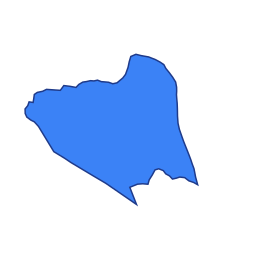 the district of Roteiro, Alagoas, Brazil, rotated 316°
{"feature_id": "56859067B56369687542379", "entity_name": "Roteiro", "entity_type": "district", "adm_level": 2, "iso_a3": "BRA", "parent_name": "Brazil", "parent_adm1": "Alagoas", "projection": "equal_earth", "projection_center": [-35.971, -9.875], "detail": "fine", "context": "isolated", "style": "filled", "palette": "blue", "viewbox_px": 256, "rotation_deg": 316, "n_neighbors": 0, "source": "geoboundaries", "source_scale": "gbopen_adm2", "svg_char_len": 1174}
<svg xmlns="http://www.w3.org/2000/svg" viewBox="0 0 256 256"><g transform="rotate(316 128 128)"><path d="M75.0,40.5L71.4,42.3L67.2,42.8L64.1,46.2L62.8,49.9L63.6,54.8L64.9,58.5L64.7,64.7L58.2,93.5L61.4,105.8L63.0,113.3L69.8,138.5L73.6,152.3L81.0,188.9L88.1,171.9L95.8,175.0L99.8,178.3L103.3,182.3L107.3,180.0L112.7,178.7L118.4,176.9L121.8,178.7L123.8,183.2L123.3,187.2L124.6,191.3L124.5,195.6L128.0,197.7L131.1,199.2L134.3,203.1L135.1,208.3L137.4,212.8L138.7,217.2L142.5,210.3L145.0,206.5L147.2,203.1L149.2,198.5L151.2,194.3L153.1,189.9L155.7,183.6L158.6,176.5L161.0,171.2L164.0,164.7L167.3,159.3L171.9,153.8L174.9,150.6L177.4,147.9L180.6,144.3L183.1,141.2L186.0,137.7L188.6,135.3L191.3,132.4L194.2,128.0L195.4,122.5L196.1,117.1L196.6,111.4L197.8,107.4L196.9,103.0L195.3,98.0L192.2,91.2L187.7,85.0L184.9,80.5L179.7,78.5L174.9,81.2L170.2,84.4L163.5,87.7L159.0,88.4L151.5,87.9L147.8,85.6L145.8,81.6L143.3,78.7L141.0,76.1L139.3,72.4L136.2,70.5L133.9,67.9L130.3,65.7L127.4,63.6L122.9,62.5L118.8,62.7L115.2,57.7L111.3,52.9L105.5,53.9L102.3,50.4L96.2,43.6L92.1,42.3L87.5,39.4L83.9,38.8L80.6,41.4L77.5,43.7L75.0,40.5Z" fill="#3b82f6" stroke="#1e3a8a" stroke-width="1.5"/></g></svg>